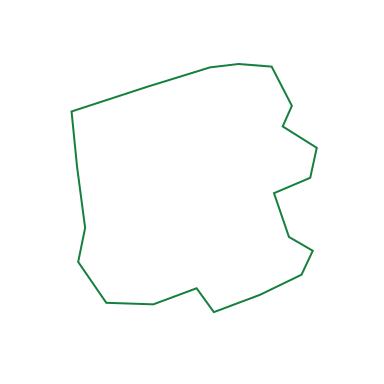 an SVG outline of Nyíregyháza, rotated 67°
{"feature_id": "HUN-4923", "entity_name": "Nyíregyháza", "entity_type": "Urban county", "adm_level": 1, "iso_a3": "HUN", "parent_name": "Hungary", "parent_adm1": "", "projection": "orthographic", "projection_center": [21.77, 47.935], "detail": "fine", "context": "isolated", "style": "outline", "palette": "green", "viewbox_px": 384, "rotation_deg": 67, "n_neighbors": 0, "source": "natural_earth", "source_scale": "10m", "svg_char_len": 418}
<svg xmlns="http://www.w3.org/2000/svg" viewBox="0 0 384 384"><g transform="rotate(67 192 192)"><path d="M200.1,59.9L225.1,77.6L225.1,117.0L271.3,120.3L293.3,103.8L310.9,123.5L313.2,169.5L311.1,218.8L282.4,225.4L280.3,271.5L260.5,314.2L211.9,324.1L183.3,304.4L123.7,287.9L70.8,271.4L77.6,192.5L84.3,126.8L92.3,99.3L107.7,69.7L151.7,66.4L167.1,82.9L200.1,59.9Z" fill="none" stroke="#15803d" stroke-width="2"/></g></svg>